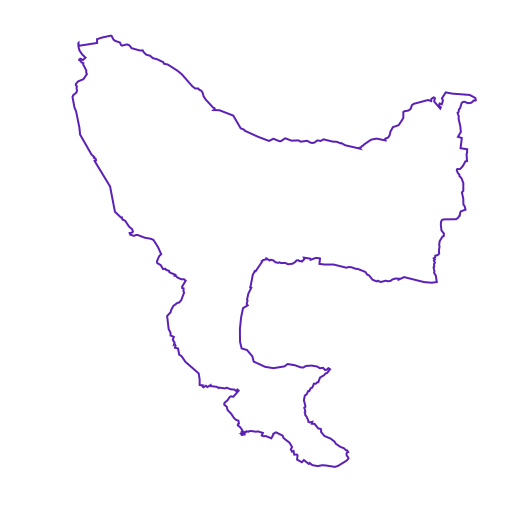 the district of Jocotepec, Jalisco, Mexico, rotated 7°
{"feature_id": "50627088B19235204085767", "entity_name": "Jocotepec", "entity_type": "district", "adm_level": 2, "iso_a3": "MEX", "parent_name": "Mexico", "parent_adm1": "Jalisco", "projection": "albers", "projection_center": [-103.393, 20.289], "detail": "fine", "context": "isolated", "style": "outline", "palette": "violet", "viewbox_px": 512, "rotation_deg": 7, "n_neighbors": 0, "source": "geoboundaries", "source_scale": "gbopen_adm2", "svg_char_len": 6026}
<svg xmlns="http://www.w3.org/2000/svg" viewBox="0 0 512 512"><g transform="rotate(7 256 256)"><path d="M66.6,156.9L80.4,175.4L83.5,177.6L83.2,178.3L85.1,179.2L85.5,180.6L84.2,181.3L102.7,204.8L110.6,229.3L117.2,234.2L118.2,234.0L118.9,236.0L121.9,237.0L126.3,242.2L129.9,244.6L130.9,246.9L129.7,248.1L127.8,248.6L128.5,250.1L132.4,250.9L134.5,249.7L136.1,249.6L143.3,251.4L149.3,251.7L152.2,252.5L157.5,258.9L161.7,265.8L160.1,267.6L159.4,269.6L158.3,273.5L158.9,275.1L162.6,276.7L165.3,280.3L167.6,279.7L168.5,280.8L171.5,281.3L171.8,282.4L173.2,283.1L178.1,284.4L177.6,285.5L179.0,285.6L180.7,287.0L184.8,288.2L187.4,287.9L189.2,289.1L186.4,295.4L186.6,296.7L188.1,297.0L188.3,299.8L189.1,301.1L187.1,309.2L185.1,311.8L183.8,312.0L180.0,315.7L178.3,320.1L178.1,322.2L175.1,326.4L178.2,339.1L180.5,342.6L180.9,345.3L184.3,346.3L183.6,349.3L185.7,351.8L185.4,353.9L186.1,353.4L187.1,354.8L186.7,356.9L189.9,357.3L191.8,363.3L194.3,364.5L198.9,369.7L213.4,379.5L215.1,385.4L215.8,390.9L218.6,390.9L218.2,391.4L219.8,392.7L222.1,390.9L223.7,392.0L226.7,389.6L227.0,390.7L232.7,390.6L235.1,391.6L235.4,391.1L241.5,391.2L242.9,390.3L247.3,391.4L250.7,391.2L252.7,392.4L253.7,390.8L255.2,391.8L250.6,398.5L248.4,398.3L247.2,399.0L245.2,402.8L242.6,405.6L242.6,407.5L245.3,409.1L246.6,412.4L250.5,415.5L253.7,419.3L256.0,421.0L258.6,421.6L259.5,424.4L258.6,425.1L258.5,426.2L261.3,428.0L263.9,430.9L263.1,432.3L262.9,434.4L263.7,435.4L266.5,434.5L266.1,433.2L263.8,433.4L265.6,432.1L267.3,432.2L267.8,431.1L269.8,431.4L270.7,430.6L272.9,430.3L277.1,430.4L279.6,429.9L284.4,430.8L283.6,433.5L285.5,434.0L287.7,433.5L293.4,435.1L295.0,431.1L294.8,430.4L297.3,428.6L304.3,431.0L305.5,433.3L312.1,437.3L315.1,441.3L314.1,443.6L315.6,445.8L317.0,444.9L318.2,448.5L320.7,448.1L321.5,448.7L321.6,453.1L326.6,455.1L328.4,452.7L333.8,456.0L334.5,454.9L337.3,456.7L342.8,457.0L347.2,455.6L350.3,455.4L360.0,455.7L363.0,454.3L370.7,448.2L372.3,446.1L372.4,445.1L370.3,442.9L369.9,441.1L370.4,439.9L371.4,439.3L370.0,437.8L369.0,437.8L366.5,436.0L363.1,435.2L358.2,432.7L356.5,430.6L352.2,428.1L345.8,426.3L341.9,422.6L342.0,421.5L341.3,419.7L338.8,419.6L334.6,415.5L331.9,415.7L332.1,413.7L329.8,414.6L328.2,414.2L328.0,413.0L325.6,409.1L324.2,407.8L324.2,406.6L323.4,405.5L323.9,404.1L322.4,400.7L323.3,399.9L323.3,398.9L321.1,393.3L321.5,388.5L323.1,387.2L324.3,383.6L325.3,383.6L326.4,380.6L327.4,380.2L328.3,378.6L329.0,375.7L330.9,375.5L332.2,373.9L333.2,373.7L334.4,368.8L338.0,366.1L339.4,364.1L340.8,363.5L343.3,359.4L341.5,358.5L340.0,360.3L338.3,360.7L336.2,358.8L333.1,359.6L329.9,358.2L324.4,358.0L318.9,359.1L316.6,360.9L314.1,361.1L308.0,359.7L300.5,359.4L297.7,362.1L287.0,365.2L278.6,364.9L266.6,361.1L264.6,356.0L258.5,350.4L253.0,349.5L250.6,343.1L248.9,330.3L248.7,318.6L249.5,309.3L253.8,306.0L252.6,304.8L253.0,301.2L252.4,300.4L253.0,294.3L255.2,288.1L253.2,287.7L254.0,287.7L254.3,286.9L255.1,275.0L256.7,271.0L257.5,271.2L262.8,260.8L262.4,260.3L263.8,259.0L266.6,258.1L266.6,257.1L270.1,258.8L271.2,257.9L273.9,258.3L275.9,259.8L278.9,260.1L280.2,259.4L281.6,260.0L286.0,259.3L288.8,260.3L293.2,259.2L295.8,257.0L296.8,255.4L298.4,255.1L300.1,255.9L301.4,255.5L302.3,255.9L304.4,253.1L303.7,251.8L310.2,252.0L310.6,253.1L315.7,250.6L319.8,250.5L319.8,249.7L319.9,256.1L325.1,256.1L334.0,255.0L347.2,256.6L349.2,255.7L352.0,255.5L356.6,256.6L358.5,256.4L366.5,258.5L368.7,261.0L370.5,261.4L374.5,265.3L378.4,266.4L379.3,266.4L379.9,265.7L383.0,266.6L387.7,264.7L390.1,265.0L392.6,264.3L394.2,262.7L397.0,261.4L400.3,261.1L400.4,262.1L405.6,258.9L426.0,261.4L433.8,261.1L438.6,259.8L436.8,253.4L434.8,251.1L434.9,249.3L433.6,245.5L434.2,244.6L433.6,242.4L434.4,240.8L433.1,238.9L434.0,237.7L432.7,236.6L434.0,235.5L433.9,233.8L436.2,233.0L437.5,231.3L436.9,228.3L437.0,224.1L436.4,222.5L436.5,218.9L438.7,214.0L439.9,213.4L439.8,210.8L437.0,208.1L435.6,202.2L435.5,199.5L436.1,197.7L437.7,196.8L450.1,195.1L452.1,193.3L452.5,191.8L453.3,191.3L453.4,187.9L453.9,186.7L458.3,184.5L457.0,181.1L455.6,179.6L454.7,173.7L452.6,167.8L453.8,166.1L452.9,158.4L450.5,153.8L448.1,151.8L448.0,150.5L446.3,149.2L444.8,146.4L445.1,145.2L448.0,144.8L450.4,141.4L452.3,136.5L453.9,136.1L452.6,129.5L452.9,127.7L452.6,124.3L445.9,124.1L445.9,113.8L441.9,113.1L444.2,107.9L443.0,102.4L440.3,94.9L440.3,92.8L438.6,89.4L439.6,88.2L439.5,85.9L440.6,84.3L441.4,79.3L442.4,78.0L444.2,77.5L447.8,78.5L451.1,77.6L453.2,75.1L454.5,75.1L455.2,74.6L454.4,72.4L448.5,70.1L431.2,70.9L424.4,70.5L421.3,76.9L422.6,78.8L421.9,82.8L419.7,82.3L419.2,84.4L421.3,85.9L420.9,87.2L414.5,81.4L413.9,80.5L414.4,77.6L413.0,76.9L410.9,78.7L411.0,80.9L407.8,80.2L393.9,85.8L392.3,87.4L391.7,90.9L390.6,92.1L389.4,93.1L385.5,94.3L384.7,95.1L385.4,100.8L384.5,103.1L381.6,108.8L376.2,111.4L374.3,116.1L373.9,119.9L372.8,122.2L370.0,123.8L370.5,125.5L361.4,124.8L356.1,126.5L349.8,132.0L348.9,133.3L348.0,133.7L347.0,135.2L345.4,136.0L346.3,136.8L331.0,135.2L326.9,133.5L326.2,133.9L322.4,132.8L318.2,133.1L308.8,132.0L306.2,133.9L302.8,133.8L300.4,136.1L298.6,136.9L296.5,136.9L292.6,135.4L286.5,137.1L284.0,136.1L277.2,137.2L270.6,135.6L266.7,139.0L265.2,139.2L259.0,137.5L254.9,140.2L243.4,137.4L229.5,133.0L228.8,132.1L225.2,131.1L216.3,119.4L202.0,115.8L196.3,116.3L197.3,115.3L196.7,114.3L195.3,113.9L187.3,107.1L184.5,103.9L183.3,100.8L181.7,98.7L179.2,97.8L178.4,96.8L175.2,97.1L172.1,95.3L160.0,84.5L155.3,81.6L145.1,76.7L141.3,76.4L140.3,74.9L133.6,72.7L129.5,72.2L126.6,70.2L122.4,69.5L119.4,67.1L118.5,65.7L115.8,66.2L107.2,64.9L104.6,62.3L102.2,61.7L97.4,63.5L96.5,63.2L94.9,60.7L89.8,59.6L88.1,58.5L85.8,55.1L85.0,55.0L76.4,58.0L71.8,60.2L72.3,63.9L54.4,69.0L53.9,66.2L53.7,66.5L54.3,69.9L55.8,73.6L59.0,77.2L62.6,79.9L60.3,82.6L57.7,81.6L56.7,82.4L56.6,83.0L58.0,83.4L58.3,84.3L59.7,85.3L61.1,85.6L61.2,87.1L65.0,92.6L65.0,94.4L66.0,96.0L63.2,101.5L58.0,104.5L56.2,107.3L56.3,108.3L57.5,109.4L57.4,111.1L58.2,113.9L57.7,115.8L55.0,118.6L54.5,120.6L57.7,130.7L59.8,134.4L65.0,149.9L66.6,156.9Z" fill="none" stroke="#5b21b6" stroke-width="2"/></g></svg>